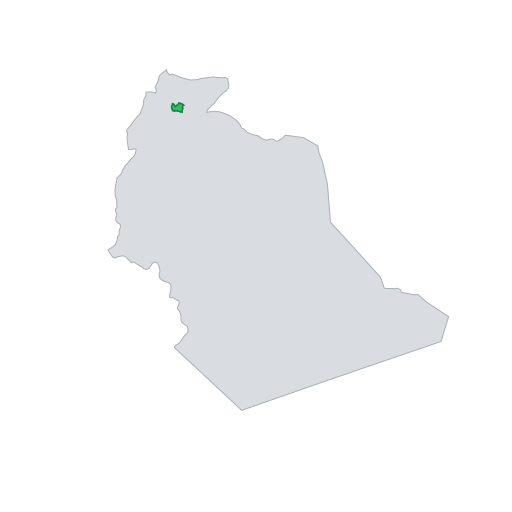 Ngourkosso, Logone Occidental, Chad (highlighted), rotated 133°
{"feature_id": "50815135B58104899779962", "entity_name": "Ngourkosso", "entity_type": "district", "adm_level": 2, "iso_a3": "TCD", "parent_name": "Chad", "parent_adm1": "Logone Occidental", "projection": "mercator", "projection_center": [16.377, 8.968], "detail": "fine", "context": "in_parent", "style": "filled", "palette": "green", "viewbox_px": 512, "rotation_deg": 133, "n_neighbors": 0, "source": "geoboundaries", "source_scale": "gbopen_adm2", "svg_char_len": 4374}
<svg xmlns="http://www.w3.org/2000/svg" viewBox="0 0 512 512"><g transform="rotate(133 256 256)"><path d="M378.6,161.2L378.6,172.2L378.6,183.2L378.6,194.1L378.6,205.0L378.6,215.9L378.6,226.8L378.7,237.6L378.7,248.4L378.7,252.0L378.4,253.4L378.2,253.6L377.8,253.9L372.3,252.9L369.8,252.8L366.4,253.6L361.4,254.0L358.2,253.9L356.0,255.7L354.2,258.0L355.1,263.3L354.9,265.1L354.2,266.9L352.7,268.5L351.2,269.8L350.3,270.9L349.1,273.3L348.3,274.4L348.4,276.0L348.1,277.5L347.2,278.4L344.9,279.0L343.4,279.7L342.2,280.8L341.4,281.7L341.8,282.8L342.4,284.3L342.7,286.7L342.9,288.1L344.1,289.2L344.8,290.0L345.0,291.0L344.4,291.9L341.5,293.6L340.4,294.2L339.1,295.1L338.6,295.4L336.5,297.1L335.5,298.5L335.0,299.7L335.0,301.4L336.0,303.9L337.2,306.0L337.6,307.6L337.9,309.3L337.8,311.0L337.2,312.4L336.2,313.7L332.2,316.2L330.3,318.8L328.8,322.1L328.4,323.9L328.8,325.0L329.6,326.0L330.8,326.5L332.5,326.7L335.3,326.2L337.9,325.8L340.7,327.0L342.1,329.7L341.6,331.7L342.6,335.3L343.5,339.6L343.5,341.1L343.9,341.6L345.6,341.9L346.0,342.9L345.4,350.6L346.2,352.7L347.4,354.2L348.7,355.0L350.0,356.0L350.7,356.7L352.2,356.9L354.0,358.3L354.4,360.1L354.3,361.9L353.3,365.8L352.5,368.4L351.5,368.2L349.5,367.6L347.0,367.0L344.0,366.6L341.1,367.6L338.0,369.0L337.0,370.0L336.1,370.6L334.7,370.5L333.5,370.7L332.8,371.6L331.7,372.7L327.2,374.9L326.2,375.8L325.6,376.6L325.6,377.4L326.1,379.2L326.1,381.5L325.1,383.3L323.9,384.5L322.6,385.0L321.5,385.2L320.8,386.0L318.4,390.1L317.4,390.9L315.3,390.8L309.4,396.9L308.8,398.8L306.7,401.3L303.9,404.2L301.5,405.6L301.3,406.1L300.6,406.7L299.1,407.3L293.9,410.8L287.6,410.6L284.8,412.0L282.1,412.6L278.2,413.3L277.0,413.2L271.9,413.5L266.0,413.4L263.7,413.9L261.6,415.2L260.0,416.4L259.8,416.8L260.0,417.2L260.0,417.6L264.1,420.5L265.1,421.9L264.1,423.2L263.6,423.4L263.5,423.5L262.9,424.6L260.4,427.8L256.7,431.6L254.8,432.7L254.1,433.4L253.1,435.9L252.5,436.2L249.9,436.6L244.9,436.8L237.9,437.7L233.8,437.9L231.2,437.7L227.5,439.4L226.2,439.9L225.4,440.0L221.8,441.7L218.8,444.3L217.7,444.8L213.5,445.9L211.8,447.7L211.0,447.9L208.3,445.5L206.5,443.3L205.6,441.2L205.5,440.5L204.9,440.6L203.5,441.6L202.2,442.7L201.6,444.8L197.2,446.2L193.5,447.4L191.8,448.9L189.1,449.6L185.8,449.3L183.2,448.7L180.7,448.5L181.9,446.6L182.3,445.2L182.5,443.5L182.3,442.3L180.8,441.7L179.8,440.8L177.6,435.3L175.3,429.7L172.2,424.2L168.7,420.7L166.2,418.5L165.4,418.2L164.1,417.6L163.3,416.9L158.7,413.2L153.9,409.0L152.7,407.0L150.3,404.2L147.7,401.2L146.3,399.9L145.7,397.4L147.5,395.3L149.4,392.5L151.9,390.6L155.0,390.5L160.1,391.3L165.6,391.5L171.1,391.0L172.6,390.6L174.0,390.6L176.9,391.2L182.1,391.1L184.7,390.0L181.9,388.1L178.8,385.0L175.9,381.7L174.2,378.7L172.6,374.8L171.1,370.0L170.2,363.8L170.3,360.2L170.8,357.7L172.3,353.6L171.3,351.2L171.5,349.3L171.4,346.4L170.9,344.9L168.9,340.1L168.5,339.6L166.7,336.3L165.9,330.7L163.9,327.1L160.7,325.3L158.9,323.2L158.2,319.3L156.9,318.3L151.9,317.0L147.7,317.0L144.6,312.7L140.7,307.1L137.0,302.0L134.7,291.7L133.3,285.8L134.9,284.0L137.9,279.8L141.7,271.7L150.3,259.2L154.8,252.7L163.6,243.1L174.4,231.3L180.5,224.6L181.5,212.4L182.5,199.5L183.3,189.7L184.3,178.1L185.1,168.3L185.7,161.2L186.6,151.1L187.3,149.2L191.6,141.2L191.9,140.1L191.1,138.8L185.0,132.0L183.1,130.5L182.1,127.0L183.6,125.0L176.3,113.6L174.5,112.2L173.7,110.8L173.6,108.7L173.5,100.8L171.5,88.3L169.0,73.7L177.6,69.6L184.1,66.4L192.4,62.4L200.1,66.5L211.3,72.5L222.4,78.5L233.6,84.4L244.7,90.4L255.9,96.4L267.0,102.3L278.2,108.2L289.3,114.1L300.5,120.1L311.7,126.0L322.8,131.9L334.0,137.7L345.1,143.6L356.3,149.5L367.4,155.3L378.6,161.2Z" fill="#d9dde1" stroke="#a8b0b8" stroke-width="1"/><path d="M201.5,421.0L202.2,420.4L203.2,420.2L204.2,419.8L204.9,419.0L205.8,417.8L206.1,416.7L206.6,416.2L206.4,415.5L206.3,415.4L206.1,415.2L205.9,414.7L205.4,414.9L205.3,414.6L205.2,414.1L204.5,413.9L204.1,413.1L203.5,412.3L203.2,411.8L203.2,411.7L203.0,411.4L202.9,411.3L202.7,411.0L202.4,410.2L202.3,409.5L201.6,408.8L201.2,408.0L200.6,408.5L199.4,409.6L199.2,409.7L198.5,409.8L198.3,409.9L197.7,410.1L197.5,410.9L197.1,411.5L196.4,411.9L195.8,411.8L195.6,411.7L195.0,411.5L195.0,412.4L195.2,413.5L195.1,414.1L195.7,414.8L196.1,415.9L196.6,416.8L197.3,416.6L199.1,416.4L200.0,416.9L201.0,416.9L201.8,417.1L201.6,418.0L201.2,418.6L201.0,419.6L201.2,420.4L201.5,421.0Z" fill="#22c55e" stroke="#15803d" stroke-width="1.5"/></g></svg>